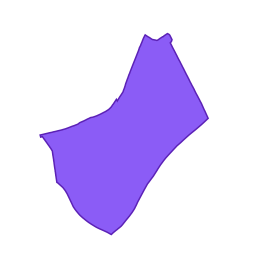 outline of Papendrecht, Zuid-Holland, Netherlands, rotated 312°
{"feature_id": "6326949B523319393128", "entity_name": "Papendrecht", "entity_type": "district", "adm_level": 2, "iso_a3": "NLD", "parent_name": "Netherlands", "parent_adm1": "Zuid-Holland", "projection": "mercator", "projection_center": [4.707, 51.835], "detail": "fine", "context": "isolated", "style": "filled", "palette": "violet", "viewbox_px": 256, "rotation_deg": 312, "n_neighbors": 0, "source": "geoboundaries", "source_scale": "gbopen_adm2", "svg_char_len": 4913}
<svg xmlns="http://www.w3.org/2000/svg" viewBox="0 0 256 256"><g transform="rotate(312 128 128)"><path d="M40.0,111.5L40.2,112.5L40.2,115.4L40.2,115.6L40.2,119.4L39.5,123.2L38.4,126.8L36.8,130.7L34.0,137.4L33.2,139.2L32.8,140.3L32.5,141.6L32.3,142.2L31.8,144.7L31.2,148.7L31.1,149.7L31.0,150.8L31.0,151.6L31.0,152.6L31.0,153.4L31.0,154.6L31.1,155.9L31.2,158.3L31.3,159.7L31.5,161.9L31.6,162.6L31.7,163.1L31.8,164.0L32.1,165.7L32.5,167.9L32.8,169.5L33.0,170.5L33.3,171.7L34.0,174.1L34.3,175.1L34.4,175.3L34.6,175.9L35.6,179.0L36.7,182.6L37.6,186.7L37.7,186.9L38.2,186.9L38.6,186.9L39.2,187.0L39.8,187.0L40.6,187.1L41.2,187.2L42.0,187.3L42.6,187.4L43.3,187.5L44.1,187.6L44.9,187.8L45.7,187.9L46.5,188.0L47.3,188.1L48.0,188.3L48.7,188.4L49.1,188.4L49.7,188.5L50.3,188.6L50.7,188.6L51.2,188.6L51.8,188.6L52.4,188.6L52.7,188.6L53.8,188.5L54.4,188.5L55.0,188.4L55.8,188.4L56.8,188.3L58.8,188.2L61.3,188.1L62.6,188.0L63.4,188.0L64.3,187.9L65.3,187.8L67.6,187.6L68.9,187.4L69.6,187.3L70.2,187.2L71.4,187.0L72.9,186.7L74.5,186.2L75.4,186.0L76.1,185.8L77.4,185.4L78.6,185.0L79.9,184.6L80.4,184.5L86.4,183.0L91.7,181.7L93.7,181.2L93.8,181.2L99.4,179.9L102.0,179.7L104.9,179.4L107.6,179.2L109.5,179.0L111.2,178.7L116.6,177.8L116.8,177.7L118.7,177.4L121.2,177.0L122.5,176.8L124.8,176.6L126.7,176.4L127.8,176.3L131.0,176.1L135.2,176.1L146.6,176.3L147.6,176.3L148.3,176.4L149.0,176.5L152.2,176.9L155.9,177.2L159.9,177.6L163.6,178.0L167.6,178.6L171.9,179.3L175.0,179.7L179.5,180.3L182.6,180.6L188.8,181.1L190.1,178.1L192.1,173.6L192.4,172.7L194.0,169.1L195.4,166.0L196.3,163.4L196.5,163.0L197.1,161.4L197.5,160.3L197.7,159.7L197.9,159.2L198.1,158.8L198.2,158.5L198.2,158.3L198.4,157.9L198.9,156.4L199.0,156.1L199.5,154.7L199.7,154.3L200.1,153.2L200.4,152.6L200.4,152.4L200.6,151.9L200.8,151.7L201.8,148.9L202.0,148.4L202.4,147.1L203.1,145.4L203.8,143.4L204.8,141.0L205.4,139.5L205.5,139.1L205.9,138.2L206.2,137.4L206.4,136.8L207.0,135.2L207.1,134.9L207.2,134.5L207.3,134.4L207.4,134.2L208.1,132.3L208.2,132.2L208.4,131.6L208.6,131.1L208.9,130.3L209.0,130.2L209.1,129.8L209.2,129.5L209.3,129.4L209.7,128.2L210.1,127.1L210.5,126.2L211.5,123.5L211.6,123.3L211.8,122.9L212.7,120.3L213.3,118.7L213.5,118.2L214.1,116.6L214.5,115.8L214.5,115.7L214.6,115.4L216.5,110.4L217.3,108.2L217.8,106.9L218.7,104.7L219.5,102.5L219.7,102.3L219.8,102.3L220.1,102.4L220.4,102.4L220.7,102.5L221.0,102.4L221.6,102.3L222.4,101.9L222.5,101.9L223.1,101.6L224.8,97.3L225.0,96.5L225.0,95.9L224.7,94.7L224.7,94.3L223.8,93.9L223.4,93.8L222.8,93.7L220.7,93.1L220.1,93.1L219.7,93.1L219.3,93.0L218.9,92.6L217.9,92.4L216.2,91.9L214.7,91.6L213.0,91.2L212.6,91.0L212.3,90.7L212.1,90.4L212.0,90.1L211.9,89.9L211.8,89.7L211.3,88.9L210.3,87.2L210.1,87.0L210.0,86.4L209.9,86.1L209.7,84.4L209.6,83.6L209.4,82.7L209.2,81.9L208.9,80.0L208.7,78.5L208.4,78.6L208.2,78.6L207.8,78.6L207.6,78.7L207.3,78.8L207.1,78.9L206.9,78.9L206.6,79.0L206.3,79.1L205.8,79.2L205.4,79.3L204.0,79.8L202.1,80.5L201.7,80.7L201.4,80.8L200.8,81.0L200.2,81.2L200.0,81.3L199.3,81.5L198.7,81.7L198.5,81.8L198.1,82.0L197.9,82.1L197.7,82.1L197.2,82.3L195.9,82.6L195.5,82.7L195.0,82.9L194.4,83.2L194.0,83.4L193.7,83.5L193.1,83.8L192.3,84.1L191.8,84.3L183.2,87.5L179.1,89.0L175.1,90.5L170.9,92.1L170.0,92.5L169.2,92.8L168.7,92.9L167.9,93.2L166.5,93.8L165.1,94.4L164.6,94.6L164.2,94.7L161.5,95.8L160.6,96.2L159.9,96.4L158.9,96.9L157.9,97.4L157.6,97.6L156.6,98.0L155.7,98.4L155.3,98.6L152.6,99.6L152.4,99.8L151.9,100.0L151.5,100.1L151.1,100.2L150.0,100.4L149.3,100.5L146.1,101.0L145.8,101.0L144.8,101.2L143.1,101.5L142.6,101.6L141.0,101.9L141.1,101.7L141.3,100.7L141.5,100.2L135.7,101.1L134.9,101.1L134.3,101.2L134.2,101.2L133.2,101.4L132.6,101.4L132.3,101.5L131.8,101.5L130.7,101.4L129.4,101.3L129.0,101.3L128.9,101.3L127.8,101.0L127.6,100.9L126.7,100.7L125.6,100.4L124.7,100.1L124.2,99.9L123.0,99.4L122.4,99.2L121.1,98.7L119.5,98.1L116.8,96.9L116.7,96.9L116.3,96.7L114.6,95.8L112.6,94.7L110.7,93.2L109.1,92.6L107.3,91.8L105.9,91.3L102.6,90.0L102.6,89.9L101.9,89.6L100.6,89.0L100.4,88.9L100.2,88.8L99.9,88.7L99.7,88.6L97.5,88.2L97.2,88.1L96.3,87.7L95.0,87.0L94.1,86.6L93.5,86.3L92.2,85.5L90.8,84.8L90.4,84.6L89.4,84.1L88.0,83.4L86.9,82.8L85.7,82.2L85.4,82.0L84.1,81.2L83.2,80.6L82.6,80.3L81.9,79.8L81.4,79.5L79.3,78.0L78.1,77.2L76.9,76.4L75.4,75.3L74.5,74.7L74.1,74.5L72.9,73.6L71.1,72.3L70.9,72.2L67.6,69.9L66.4,69.1L64.0,67.4L62.8,69.2L64.3,70.2L64.2,70.4L64.1,71.0L63.9,71.9L63.9,72.0L63.5,73.5L63.5,74.0L63.3,74.6L62.8,77.0L62.5,78.2L62.5,78.4L62.3,79.1L61.6,82.4L61.5,82.5L61.3,83.6L61.0,84.8L60.8,85.3L60.7,85.7L60.5,86.3L60.5,86.5L60.3,87.1L59.9,87.6L58.8,88.9L58.7,89.0L58.3,89.5L58.0,89.9L57.8,90.0L57.3,90.7L56.9,91.2L54.4,94.3L54.2,94.4L54.0,94.7L53.2,95.7L52.8,96.2L52.4,96.6L49.6,99.9L48.8,100.9L48.4,101.4L47.8,102.2L47.5,102.5L47.1,102.9L46.2,104.1L45.8,104.5L44.9,105.6L44.5,106.0L43.8,106.9L43.7,107.1L43.3,107.5L40.0,111.5Z" fill="#8b5cf6" stroke="#5b21b6" stroke-width="1.5"/></g></svg>